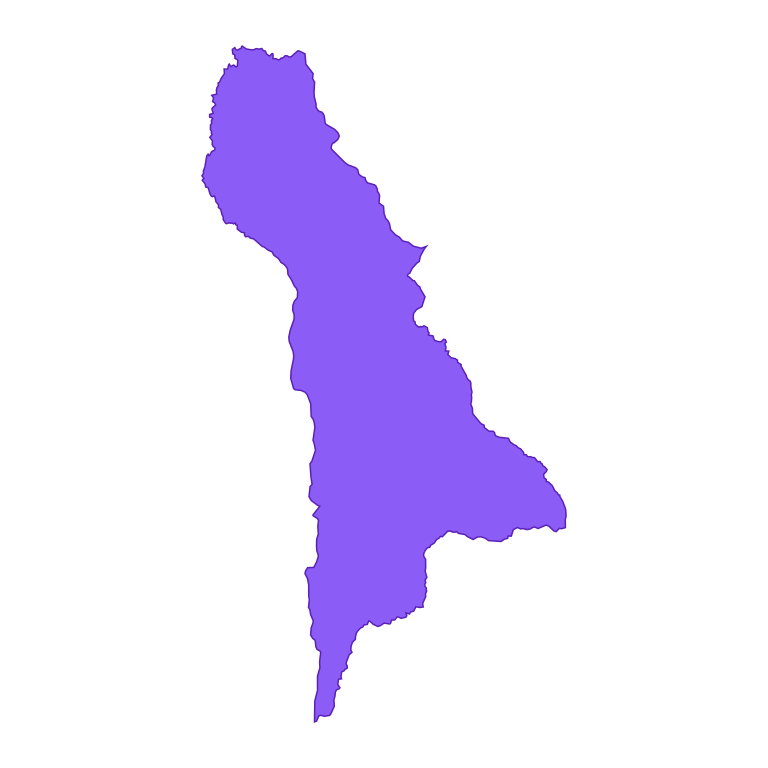 Villa Gómez, Cundinamarca, Colombia (Natural Earth projection)
{"feature_id": "7082276B48238544943063", "entity_name": "Villa Gómez", "entity_type": "district", "adm_level": 2, "iso_a3": "COL", "parent_name": "Colombia", "parent_adm1": "Cundinamarca", "projection": "natural_earth1", "projection_center": [-74.187, 5.267], "detail": "fine", "context": "isolated", "style": "filled", "palette": "violet", "viewbox_px": 768, "rotation_deg": 0, "n_neighbors": 0, "source": "geoboundaries", "source_scale": "gbopen_adm2", "svg_char_len": 6068}
<svg xmlns="http://www.w3.org/2000/svg" viewBox="0 0 768 768"><path d="M565.4,527.6L565.3,519.5L566.1,516.0L565.8,510.4L565.1,507.6L562.7,501.3L559.9,496.6L559.8,495.1L558.5,494.8L557.1,492.6L554.8,490.7L552.3,485.7L548.6,482.1L546.2,481.3L546.2,479.3L544.3,478.2L543.7,475.7L543.9,473.8L546.2,471.7L547.1,469.6L544.5,466.7L542.9,466.0L542.1,463.8L541.1,463.4L540.1,461.5L537.7,461.7L534.5,457.6L532.3,457.5L530.7,456.6L528.5,456.9L527.2,456.3L526.4,454.7L523.9,454.7L523.6,452.5L520.7,448.9L518.4,447.9L515.8,445.4L513.9,444.8L510.1,441.8L508.4,438.3L499.5,437.3L496.2,436.1L495.2,435.1L494.5,432.6L493.2,431.3L489.0,431.2L484.4,427.6L484.1,425.2L481.0,423.7L472.7,413.7L472.4,408.2L470.7,403.9L471.4,401.8L471.7,397.4L471.3,394.9L472.0,392.2L470.9,386.9L470.8,382.6L469.7,380.6L468.3,379.9L466.7,377.5L466.4,375.7L461.1,366.2L461.1,364.5L457.7,362.5L457.4,360.0L455.1,358.6L451.0,357.7L447.8,354.5L448.8,351.1L445.4,351.0L446.0,347.1L444.8,343.6L446.4,342.1L445.2,339.6L443.6,339.3L441.4,341.6L438.7,341.7L435.0,340.6L434.1,339.6L433.0,335.9L428.4,335.0L429.1,332.8L428.1,331.7L427.2,327.5L423.9,325.8L422.1,326.9L420.2,326.5L418.9,327.3L415.5,324.5L415.0,321.9L413.8,321.0L413.5,319.8L413.2,316.0L413.8,313.0L416.6,309.5L421.9,306.6L425.0,296.8L420.1,288.4L420.0,287.1L417.6,285.3L414.4,280.8L413.0,280.6L409.0,276.8L407.6,276.4L407.6,275.3L408.1,274.1L409.8,273.1L412.3,268.2L416.9,263.1L419.2,261.5L420.4,256.1L424.3,248.9L426.3,246.4L421.3,248.2L413.4,246.2L408.6,242.4L402.6,240.9L399.4,237.2L395.3,234.7L390.7,229.8L389.4,223.5L387.9,220.7L385.8,218.5L384.1,213.7L383.5,206.2L379.0,203.0L379.6,195.6L378.2,192.2L377.5,191.6L377.3,189.1L375.9,186.0L374.5,184.8L367.5,182.9L365.7,180.4L365.0,177.6L362.5,177.0L358.9,174.4L357.7,169.7L355.7,167.8L347.9,164.8L344.8,162.5L331.4,149.1L331.2,146.9L331.9,144.4L332.8,143.1L334.0,142.8L337.9,139.4L339.3,136.0L337.8,132.5L334.5,129.3L325.9,124.3L325.2,123.0L324.2,115.8L323.0,113.4L321.6,112.0L319.3,111.4L317.4,109.6L316.0,106.9L316.1,104.2L314.3,96.7L314.0,92.9L314.6,82.2L312.6,78.6L313.1,73.6L305.9,64.2L305.0,53.8L299.0,50.9L297.7,50.9L291.2,56.7L289.0,57.0L287.5,55.9L285.2,55.7L283.1,57.7L280.7,58.3L279.7,59.6L278.3,59.9L276.3,58.8L273.0,58.6L273.1,54.6L272.7,53.6L271.9,53.6L270.0,55.8L268.8,55.7L266.5,53.9L265.4,51.1L263.2,50.5L261.8,48.5L259.1,49.1L256.2,48.6L253.6,49.8L251.3,49.8L246.4,49.0L242.2,46.1L241.6,46.4L241.3,48.1L237.5,50.0L236.1,49.9L234.8,47.6L232.3,49.4L232.8,53.9L234.7,54.8L235.0,58.5L237.1,59.5L237.8,60.5L237.3,66.2L235.9,66.9L233.7,65.0L230.9,66.5L229.2,64.1L228.5,65.1L227.8,68.6L226.9,69.2L224.1,69.0L224.4,73.7L221.0,78.6L219.7,81.9L218.1,83.0L218.3,85.6L217.1,87.3L216.4,89.8L216.6,94.2L211.7,95.3L213.6,97.8L212.6,101.6L214.7,102.9L215.6,105.1L212.6,107.6L211.9,108.9L213.2,113.4L209.6,114.4L209.7,117.2L212.1,117.8L212.7,118.7L211.4,120.4L211.7,123.5L210.5,124.9L210.4,129.6L211.7,131.9L211.3,132.8L212.0,134.7L209.8,137.3L212.5,141.0L212.1,144.2L213.0,146.3L214.9,147.9L215.0,149.0L214.4,150.2L211.6,151.6L209.5,155.6L208.9,155.6L208.1,154.2L206.7,156.0L204.9,166.9L203.4,171.0L203.4,173.8L201.9,175.8L203.9,178.2L202.2,180.2L205.2,184.1L205.7,187.0L208.1,187.6L210.1,194.1L211.5,196.3L212.2,196.7L213.9,196.0L214.8,196.5L215.9,201.6L218.5,205.0L218.4,207.5L220.7,209.4L222.0,214.6L223.2,216.9L223.2,219.6L225.5,223.1L226.6,223.7L229.2,222.8L230.6,223.3L232.1,222.9L233.5,223.9L235.4,223.1L235.8,224.7L237.3,225.4L237.3,229.1L241.5,232.3L244.5,232.8L244.5,235.2L245.5,236.7L248.5,236.4L250.3,238.1L253.7,238.9L262.3,246.5L264.1,247.0L268.1,250.1L272.1,251.9L273.9,255.3L278.4,258.5L281.1,262.5L284.4,264.6L286.7,267.5L287.5,268.9L288.0,274.5L291.1,279.2L294.3,286.0L296.4,288.4L297.7,291.8L297.3,297.7L294.5,301.0L292.9,305.1L292.7,310.3L294.1,314.7L294.1,319.2L290.3,329.9L288.8,337.0L289.2,341.4L293.2,351.8L293.7,355.6L293.5,358.9L291.1,370.9L290.7,378.3L293.6,388.5L295.2,389.8L301.0,390.4L305.1,392.2L307.3,394.9L310.7,403.7L311.2,416.6L312.9,418.8L314.0,421.6L314.9,427.2L313.0,440.3L314.0,442.7L315.5,450.2L311.9,461.1L310.0,463.8L311.0,477.3L312.1,484.4L310.1,486.5L309.0,496.7L311.2,500.5L317.6,505.3L319.8,506.1L313.0,514.9L313.1,515.8L317.3,518.4L318.5,520.3L317.8,526.3L318.3,534.1L316.7,539.2L316.5,546.0L316.8,550.7L318.3,555.2L318.2,556.9L316.6,561.9L313.8,567.4L307.6,567.7L305.5,571.0L305.0,573.6L307.5,578.6L308.7,584.9L308.7,595.9L309.3,599.8L308.5,607.4L309.9,609.9L310.6,614.5L313.2,620.7L313.0,622.9L311.2,627.8L310.6,634.9L312.6,638.3L315.1,640.2L315.9,646.8L317.0,649.3L319.9,651.0L320.7,652.4L319.6,661.7L319.9,667.7L317.5,676.1L317.5,690.4L314.8,701.0L314.5,721.9L316.5,721.2L318.9,715.7L321.0,715.3L324.2,716.3L329.2,715.5L330.4,714.7L331.5,712.5L334.3,706.2L333.9,699.6L334.9,696.7L335.4,692.0L336.5,689.9L339.3,688.6L339.9,687.7L337.8,684.5L338.5,679.2L341.5,678.9L341.0,676.4L341.7,671.9L344.1,670.8L345.1,669.3L347.2,668.1L347.3,666.1L346.2,664.1L346.2,662.6L349.2,654.7L352.0,652.3L350.8,650.1L351.1,646.4L352.4,642.2L355.4,639.4L355.5,636.5L356.5,632.8L358.2,630.4L360.9,627.8L362.7,627.1L363.9,625.0L367.3,624.4L368.7,620.9L370.0,621.2L373.0,624.2L377.9,626.5L380.4,625.6L384.1,623.1L389.7,624.0L390.5,623.4L391.6,620.1L394.8,619.9L397.0,617.1L398.4,617.0L401.2,618.3L405.9,617.2L406.8,615.7L406.0,612.9L409.5,614.0L410.5,612.1L413.8,611.0L415.9,606.8L419.8,607.5L423.2,607.0L422.7,603.4L425.8,596.4L425.4,594.1L426.7,591.0L426.1,589.7L426.4,588.3L425.0,586.2L424.8,584.1L425.8,582.7L425.1,579.9L426.9,577.5L425.2,571.3L425.7,567.8L425.6,559.4L423.6,556.0L423.8,553.5L425.1,550.6L427.4,547.7L429.8,547.3L430.6,545.3L434.2,543.1L436.5,539.7L439.4,537.8L440.3,536.4L442.4,536.7L447.8,531.1L451.3,531.2L452.3,532.1L455.7,532.1L456.6,531.6L458.5,533.4L465.2,534.6L467.1,536.4L473.1,539.5L477.7,536.9L481.0,536.8L485.2,538.2L488.5,540.6L501.1,541.5L504.1,539.3L507.6,538.3L508.1,536.1L511.3,536.1L513.3,529.7L517.4,527.5L520.7,528.9L523.3,528.6L526.8,529.6L529.6,529.2L533.5,527.1L535.0,527.1L538.0,528.5L546.1,525.1L548.7,526.1L554.0,531.0L556.3,531.6L559.3,528.4L561.6,528.7L565.4,527.6Z" fill="#8b5cf6" stroke="#5b21b6" stroke-width="1.5"/></svg>